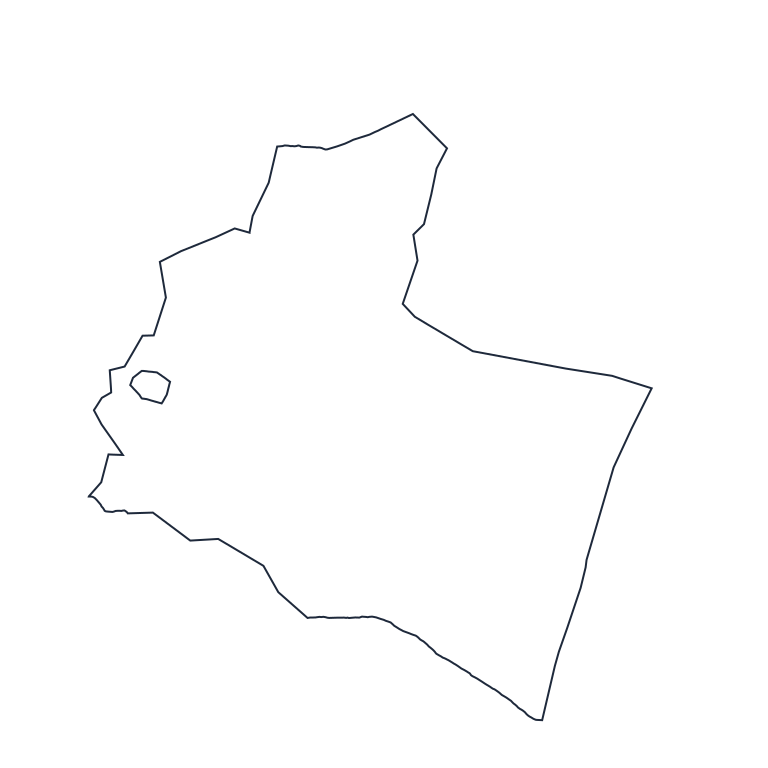 Sergelen, Töv, Mongolia (orthographic projection), rotated 290°
{"feature_id": "93677404B51496043907868", "entity_name": "Sergelen", "entity_type": "district", "adm_level": 2, "iso_a3": "MNG", "parent_name": "Mongolia", "parent_adm1": "Töv", "projection": "orthographic", "projection_center": [106.911, 47.411], "detail": "fine", "context": "isolated", "style": "outline", "palette": "slate", "viewbox_px": 768, "rotation_deg": 290, "n_neighbors": 0, "source": "geoboundaries", "source_scale": "gbopen_adm2", "svg_char_len": 5231}
<svg xmlns="http://www.w3.org/2000/svg" viewBox="0 0 768 768"><g transform="rotate(290 384 384)"><path d="M122.2,647.6L177.4,641.0L192.2,639.9L217.7,639.6L259.7,638.5L280.6,636.2L288.0,634.5L384.2,628.3L426.7,631.9L471.5,637.0L470.0,603.9L469.7,595.6L460.7,549.7L445.2,456.2L447.6,443.3L454.8,405.0L457.7,390.0L465.7,374.2L511.4,373.3L534.4,360.5L547.9,366.9L578.3,363.6L604.6,359.7L627.0,362.6L647.6,318.8L622.3,293.9L620.0,291.8L617.7,289.3L613.4,285.1L603.0,271.6L600.2,268.9L596.5,265.1L591.2,258.6L585.0,250.3L584.3,248.7L584.3,247.7L584.3,246.3L584.4,244.9L584.2,242.9L583.8,241.6L583.1,240.1L582.9,238.6L582.4,236.9L581.8,235.1L580.6,231.5L579.1,226.9L578.7,224.5L579.0,223.9L579.0,223.1L578.8,221.8L577.7,220.4L577.0,219.1L576.6,218.0L576.3,216.6L575.6,215.0L575.2,212.5L574.2,209.1L572.9,207.3L571.7,204.8L570.6,202.4L540.3,206.0L535.5,206.6L533.7,206.8L497.0,203.1L495.7,203.3L480.5,205.8L480.2,205.9L479.7,198.8L479.1,190.5L477.0,188.4L464.3,175.6L458.6,169.2L440.0,148.5L439.7,148.1L422.1,131.6L390.6,149.5L350.9,151.0L346.8,140.6L328.1,137.3L311.7,134.3L307.7,128.4L306.9,127.2L303.4,122.0L303.1,121.6L289.1,127.8L285.2,129.5L282.7,130.5L282.2,130.1L279.0,127.4L274.5,123.6L262.8,121.0L260.5,120.4L260.1,120.4L249.4,132.4L244.8,139.0L235.9,151.8L228.0,162.9L224.8,153.1L223.6,149.2L194.9,151.9L194.7,151.8L177.5,145.1L177.3,145.1L177.4,145.4L178.2,147.8L178.3,149.4L177.9,151.3L176.7,153.8L173.7,159.1L172.3,160.5L171.4,162.3L170.2,163.9L169.3,164.9L169.2,166.3L169.8,168.7L170.9,172.6L171.7,173.8L172.9,175.2L173.8,177.2L174.5,179.2L174.9,180.6L175.8,182.0L176.4,183.3L176.2,184.5L175.5,186.5L174.8,187.5L184.1,210.8L170.6,255.5L181.7,281.2L171.9,332.9L152.2,355.9L138.0,392.2L139.2,394.3L140.2,396.9L141.1,399.3L142.0,400.9L143.1,403.0L143.5,404.7L144.5,406.7L144.9,409.0L145.0,410.7L145.4,412.4L148.0,418.9L148.6,420.5L149.5,423.0L150.8,426.3L151.3,428.5L152.0,429.6L152.1,431.1L152.9,432.8L154.8,436.9L155.4,438.8L156.1,440.8L157.9,442.9L158.2,444.1L159.0,446.9L159.3,448.5L160.2,449.9L161.3,452.3L161.5,453.3L162.0,456.4L162.1,461.4L162.3,464.5L162.1,466.7L162.2,469.4L162.2,471.8L161.1,474.6L160.3,476.3L159.8,478.8L159.0,482.3L158.8,483.9L158.6,485.3L158.4,486.4L158.4,487.9L158.4,489.9L158.4,493.2L158.3,494.9L158.3,497.4L158.4,499.9L158.1,501.1L157.6,502.6L156.3,505.4L155.9,507.4L155.7,508.8L155.4,509.8L154.9,511.1L153.9,513.7L152.7,515.9L152.1,517.8L151.2,520.3L150.6,521.7L149.7,523.4L149.0,524.4L148.4,525.5L148.2,526.7L147.8,528.8L147.6,530.4L147.3,531.6L147.0,532.7L147.0,534.3L146.9,535.9L146.7,537.2L146.5,539.1L146.2,540.6L145.9,542.0L145.6,543.5L145.2,545.1L144.9,547.1L144.2,550.1L143.7,551.9L143.1,554.0L142.7,557.2L142.1,560.4L141.7,562.0L141.5,563.4L141.0,564.2L140.2,565.3L140.0,565.9L139.7,567.1L139.4,569.9L139.0,572.5L138.6,574.2L137.8,577.8L137.0,581.1L136.5,583.4L136.3,584.6L136.0,586.0L135.8,587.1L135.2,589.2L134.9,590.6L134.9,592.2L134.5,593.9L133.9,596.1L133.3,598.1L132.6,599.8L132.1,601.1L131.7,603.4L131.3,605.6L130.9,607.3L130.5,608.7L130.1,610.2L129.7,611.8L128.9,613.3L128.1,615.0L127.5,617.1L126.6,619.3L125.9,620.4L125.6,621.5L125.2,622.8L125.0,624.4L124.6,626.2L123.8,628.6L122.5,630.9L121.7,632.9L121.3,634.5L121.1,636.0L120.8,637.5L120.5,638.9L120.4,640.7L120.4,641.8L120.7,642.7L122.2,647.6ZM313.9,178.6L312.9,182.2L311.7,182.3L311.0,182.4L310.7,182.4L310.3,182.4L309.8,182.5L309.5,182.5L309.0,182.6L308.6,182.6L308.3,182.7L307.9,182.7L307.6,182.7L307.4,182.7L307.2,182.8L306.9,182.8L306.6,182.8L306.4,182.8L306.1,182.9L305.8,182.9L305.5,182.9L305.2,183.0L304.9,183.0L304.6,183.0L304.3,183.1L304.0,183.1L303.8,183.1L303.6,183.1L303.4,183.2L303.0,183.2L302.8,183.2L302.6,183.3L302.3,183.3L302.0,183.3L301.9,183.3L301.7,183.3L301.4,183.4L301.0,183.4L300.9,183.4L300.7,183.4L300.4,183.4L300.1,183.5L299.8,183.5L299.7,183.5L298.9,183.4L297.7,183.2L297.4,183.1L296.5,183.0L296.4,182.9L295.9,182.9L295.5,182.8L295.1,182.7L294.8,182.7L294.7,182.7L294.3,182.6L293.9,182.5L293.5,182.5L292.9,182.4L292.4,182.3L292.0,182.2L291.7,182.2L291.4,182.1L291.1,182.0L289.7,181.7L289.6,180.1L289.5,179.6L289.4,177.9L289.3,176.3L289.3,176.1L289.2,175.9L289.2,175.7L289.2,175.4L289.2,175.2L289.2,174.8L289.1,174.6L289.1,174.4L289.1,174.2L289.1,173.9L289.1,173.7L289.1,173.4L289.0,173.1L289.0,172.9L289.0,172.7L289.0,172.4L288.9,171.5L288.8,169.2L288.7,167.3L288.7,167.1L288.7,166.9L288.6,166.7L288.6,166.3L288.6,166.1L288.6,165.9L288.5,165.7L288.4,165.2L288.3,164.8L288.3,164.6L288.2,164.3L288.2,164.1L288.1,163.9L288.1,163.7L288.0,163.2L287.9,163.0L287.9,162.8L287.8,162.6L287.8,162.4L287.7,162.0L287.6,161.8L287.6,161.7L287.6,161.4L288.2,160.4L289.1,159.2L289.4,158.8L289.5,158.7L290.0,158.1L290.1,157.9L290.3,157.6L291.1,156.0L291.4,155.5L291.5,155.3L291.9,154.5L291.9,154.4L292.8,152.8L292.9,152.5L293.1,152.1L293.9,150.4L294.9,148.6L296.2,145.9L303.3,146.0L304.0,146.0L309.9,149.7L310.5,150.0L311.1,150.4L312.2,151.1L313.3,151.8L313.5,152.0L313.7,152.6L313.8,153.0L313.9,153.3L314.0,153.5L314.8,156.7L314.9,157.2L315.1,158.3L315.2,158.7L316.1,161.9L316.3,162.7L316.3,163.1L316.8,164.9L317.2,166.7L316.9,167.8L316.2,170.5L316.1,170.8L316.1,171.1L316.0,171.3L316.0,171.5L315.7,172.4L315.4,173.4L315.2,174.4L314.3,177.5L313.9,178.6Z" fill="none" stroke="#1e293b" stroke-width="2"/></g></svg>